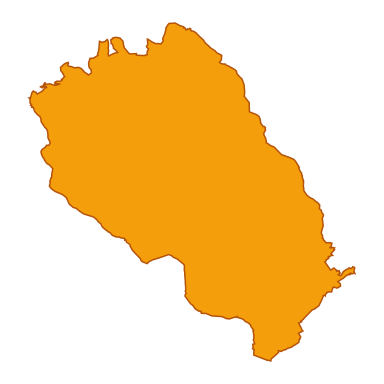 Ciceu-Giurgesti, Bistrita-Nasaud, Romania
{"feature_id": "2599482B28114594722524", "entity_name": "Ciceu-Giurgesti", "entity_type": "district", "adm_level": 2, "iso_a3": "ROU", "parent_name": "Romania", "parent_adm1": "Bistrita-Nasaud", "projection": "robinson", "projection_center": [23.976, 47.27], "detail": "fine", "context": "isolated", "style": "filled", "palette": "amber", "viewbox_px": 384, "rotation_deg": 0, "n_neighbors": 0, "source": "geoboundaries", "source_scale": "gbopen_adm2", "svg_char_len": 5774}
<svg xmlns="http://www.w3.org/2000/svg" viewBox="0 0 384 384"><path d="M291.9,347.0L293.2,345.7L294.1,345.5L298.9,342.3L299.0,339.9L300.0,339.0L299.8,338.3L300.5,337.6L300.6,336.6L298.4,333.3L302.9,331.0L302.1,330.2L300.9,327.4L298.7,323.1L301.6,321.8L300.9,321.1L303.5,319.2L303.9,318.4L312.2,309.9L314.2,309.2L318.8,305.9L322.0,299.3L323.3,296.0L323.3,295.5L324.8,295.4L325.2,295.8L325.6,294.1L326.7,293.2L326.8,292.5L329.5,291.8L331.7,291.9L331.8,290.7L333.3,287.0L337.1,288.1L340.5,286.2L340.4,283.9L337.8,281.6L343.6,278.0L345.7,276.1L347.2,275.1L347.9,275.0L349.2,273.9L350.4,273.3L350.2,274.4L351.7,273.5L352.5,273.8L353.9,273.1L354.9,273.5L353.9,270.8L354.5,269.1L354.7,267.6L352.8,266.7L351.6,268.4L350.8,268.6L349.3,267.7L347.9,269.0L346.3,269.5L343.0,271.9L342.5,273.5L340.6,275.8L338.2,274.8L340.3,273.1L338.8,271.5L339.3,271.2L339.0,270.6L336.9,271.4L336.6,270.9L337.0,270.8L336.8,270.4L333.9,268.0L330.6,270.1L324.9,261.9L325.9,261.1L326.6,259.2L327.6,259.2L328.9,257.8L328.2,257.1L328.4,256.6L330.1,256.3L331.1,255.5L332.6,255.4L331.0,253.7L334.5,249.8L333.8,249.4L334.6,247.9L331.6,247.3L331.1,248.0L330.0,247.7L331.0,246.3L332.0,243.3L330.4,242.7L325.9,242.7L324.2,240.4L323.6,240.3L323.2,238.5L322.5,238.2L322.6,236.1L321.4,233.3L321.3,232.2L323.2,225.8L322.3,218.3L323.4,215.5L323.4,214.6L321.7,212.3L321.3,210.3L319.5,208.8L319.7,205.0L317.5,202.4L316.5,202.1L313.0,199.0L309.9,197.6L306.9,195.2L303.9,190.8L303.7,189.4L303.8,188.1L303.3,186.5L303.6,181.8L303.2,181.2L303.5,180.7L302.4,177.7L302.3,175.7L301.7,174.7L301.6,173.2L300.2,171.3L298.9,168.4L299.0,168.0L298.8,167.7L299.2,167.2L295.7,161.6L294.0,159.5L290.3,157.8L281.5,154.6L274.0,146.9L270.3,145.5L268.9,144.3L266.2,142.7L266.3,141.1L265.7,138.5L263.9,134.8L263.8,133.2L265.6,130.0L265.1,128.8L265.4,127.5L264.1,126.4L263.1,126.5L260.5,122.7L260.5,121.3L260.1,119.1L259.1,116.6L256.7,114.7L249.4,111.8L249.2,102.6L244.3,96.4L244.7,92.0L244.1,85.0L242.1,79.2L238.2,75.3L236.8,73.3L236.5,71.2L235.0,69.8L231.4,67.6L229.8,66.9L228.9,66.2L225.9,65.0L225.2,64.0L223.5,64.1L220.5,63.3L219.5,62.4L221.3,60.0L221.7,55.3L216.8,52.8L214.9,50.7L210.7,48.0L207.9,45.2L206.5,44.2L204.6,42.0L203.6,40.2L199.0,36.0L196.6,33.4L194.1,31.5L190.8,30.6L190.8,29.0L189.8,28.3L188.9,29.3L187.5,28.9L186.5,29.9L186.0,29.9L184.9,27.8L183.8,27.9L183.7,26.8L180.3,25.8L175.0,23.0L169.0,23.5L167.8,24.9L166.1,27.7L165.9,28.4L165.8,30.2L165.1,32.2L164.9,33.5L162.7,38.6L163.3,40.9L160.9,44.0L159.2,43.6L155.6,43.6L151.7,41.8L148.5,39.5L147.3,39.1L147.8,44.1L146.4,46.7L148.5,49.1L147.4,51.2L147.0,52.5L147.3,54.7L144.9,55.2L144.5,55.6L136.5,55.2L136.4,53.6L131.4,53.9L129.2,53.7L124.4,47.9L123.6,45.5L123.0,41.3L119.9,38.0L115.5,37.3L112.5,38.2L112.5,38.8L110.7,39.9L111.2,42.4L111.1,43.4L111.9,43.8L112.7,45.1L113.2,46.2L113.5,48.4L115.1,49.6L117.7,52.3L116.7,52.9L114.9,53.0L108.6,55.9L108.2,54.0L108.6,50.5L108.2,48.3L108.5,45.3L108.3,41.8L108.0,40.8L107.2,39.5L105.0,41.5L102.0,42.3L99.5,41.3L98.9,48.7L98.4,51.5L97.5,54.5L97.9,55.4L93.3,58.2L90.1,58.3L88.9,61.9L88.6,63.0L88.9,66.4L89.5,68.1L91.0,69.4L91.4,72.6L91.0,73.3L88.2,75.0L87.5,74.1L83.6,71.5L83.5,70.6L82.7,70.2L81.7,68.9L80.0,67.9L78.5,67.4L74.4,67.8L71.7,66.7L68.1,66.0L67.5,65.4L68.5,63.4L68.3,63.0L68.0,62.9L68.1,62.5L66.9,62.7L64.3,64.0L60.5,67.4L60.8,69.7L60.7,70.5L62.5,72.8L64.6,76.8L63.6,77.4L62.6,78.9L61.6,79.3L62.2,79.9L60.6,81.2L56.9,81.2L55.3,82.0L54.7,82.9L55.5,83.1L55.0,83.5L55.5,84.6L55.9,84.5L56.1,83.7L59.7,83.9L59.7,84.1L55.4,85.4L52.7,84.8L50.1,83.8L45.9,84.3L45.2,84.7L44.9,84.2L45.3,83.0L44.9,82.8L44.2,83.5L43.6,84.8L44.0,85.7L43.7,86.1L42.3,86.0L39.8,87.0L41.3,86.9L42.0,87.8L44.3,86.6L45.7,86.4L46.6,87.2L46.4,87.6L45.7,87.0L45.1,87.2L44.7,88.4L43.4,89.5L43.2,90.4L41.8,91.4L37.3,94.0L35.8,92.5L35.9,92.2L34.0,91.7L33.3,91.0L32.6,91.7L31.8,93.0L30.7,97.1L30.0,97.6L30.2,98.2L29.1,98.1L30.1,99.5L30.0,102.9L31.5,104.6L30.6,105.3L32.3,106.8L31.8,107.3L32.4,107.6L32.9,107.2L33.6,107.9L34.2,110.4L35.2,112.1L37.8,115.0L39.8,116.3L41.0,119.3L41.0,121.1L41.8,122.8L44.9,127.4L46.8,129.3L47.6,131.8L47.9,134.2L48.0,137.9L49.0,140.1L49.4,140.4L50.1,143.0L50.0,143.6L48.8,145.3L46.5,145.3L45.5,147.0L42.3,149.3L41.2,150.9L41.0,152.3L41.5,153.6L41.4,154.0L42.6,156.9L44.1,158.9L44.7,160.4L46.3,162.7L47.5,164.0L48.4,164.2L50.0,165.5L52.8,168.8L51.8,173.9L51.7,177.2L51.2,177.5L49.9,181.2L50.2,182.5L49.4,186.2L51.4,188.8L55.2,191.5L62.4,194.5L66.3,197.6L69.3,204.1L73.4,207.6L75.5,208.0L76.5,208.6L79.7,211.3L83.9,214.0L93.6,217.0L96.8,219.7L98.2,221.7L100.9,223.9L101.8,226.0L103.0,227.6L108.5,232.1L109.0,232.0L110.1,232.7L112.4,235.4L116.0,236.9L119.6,237.1L120.3,237.8L124.6,238.4L124.7,240.0L125.2,239.7L125.8,239.9L126.4,242.0L129.9,244.5L130.2,246.3L132.6,250.5L140.5,258.8L141.0,260.6L142.7,261.9L147.2,263.6L149.0,261.7L153.0,259.7L157.9,258.3L168.6,254.6L171.4,255.5L173.4,257.3L177.1,258.9L183.6,264.2L184.4,265.5L184.3,270.2L184.7,272.1L185.0,278.1L185.3,280.3L185.3,282.9L185.7,287.8L185.7,289.8L185.3,291.2L186.1,293.6L185.2,294.6L185.0,296.1L190.5,303.7L192.9,305.4L193.3,306.3L194.5,307.5L194.5,308.0L195.8,309.3L198.8,311.1L199.7,311.1L200.3,311.7L201.0,311.4L201.4,313.3L206.1,313.5L211.8,315.9L222.0,316.6L226.6,318.7L227.4,318.5L229.0,319.0L234.7,317.2L235.8,317.1L236.9,317.5L237.3,317.1L237.3,316.7L238.7,317.8L242.1,318.8L243.7,319.8L245.6,321.7L247.7,322.5L249.0,323.5L250.3,324.8L251.3,327.2L253.0,329.2L253.0,329.7L253.8,330.3L253.0,331.3L253.4,332.2L253.9,336.7L253.7,339.2L253.3,339.7L254.7,343.8L252.7,344.3L253.2,346.9L252.5,348.7L254.0,349.5L253.9,349.9L254.2,350.0L253.8,352.3L253.8,355.1L267.6,360.4L268.5,360.2L270.8,361.0L271.3,358.9L278.6,352.4L278.4,350.6L280.0,351.0L280.3,351.4L281.0,351.4L284.4,349.8L285.5,349.8L287.0,348.6L291.9,347.0Z" fill="#f59e0b" stroke="#b45309" stroke-width="1.5"/></svg>